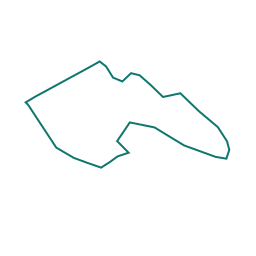 Wilton'S Yard/Grave Yard, Castries, Saint Lucia (Mercator projection), rotated 38°
{"feature_id": "8701671B87901537971964", "entity_name": "Wilton'S Yard/Grave Yard", "entity_type": "district", "adm_level": 2, "iso_a3": "LCA", "parent_name": "Saint Lucia", "parent_adm1": "Castries", "projection": "mercator", "projection_center": [-60.986, 14.01], "detail": "fine", "context": "isolated", "style": "outline", "palette": "teal", "viewbox_px": 256, "rotation_deg": 38, "n_neighbors": 0, "source": "geoboundaries", "source_scale": "gbopen_adm2", "svg_char_len": 569}
<svg xmlns="http://www.w3.org/2000/svg" viewBox="0 0 256 256"><g transform="rotate(38 128 128)"><path d="M224.4,91.6L221.3,82.9L214.2,77.5L198.3,72.0L173.6,71.1L147.9,68.4L136.5,82.0L119.7,80.2L104.7,79.3L96.7,82.9L94.9,94.8L85.2,97.5L72.9,93.0L64.7,93.0L60.2,103.8L35.5,160.7L31.6,170.8L34.9,171.2L83.5,187.6L90.5,186.7L103.8,184.9L105.0,184.5L117.4,180.5L131.2,175.8L134.7,165.8L137.3,156.7L143.7,147.1L127.5,145.0L126.8,134.1L126.0,122.5L148.6,111.2L167.0,109.1L182.9,107.2L214.9,96.8L219.4,94.3L224.4,91.6Z" fill="none" stroke="#0f766e" stroke-width="2"/></g></svg>